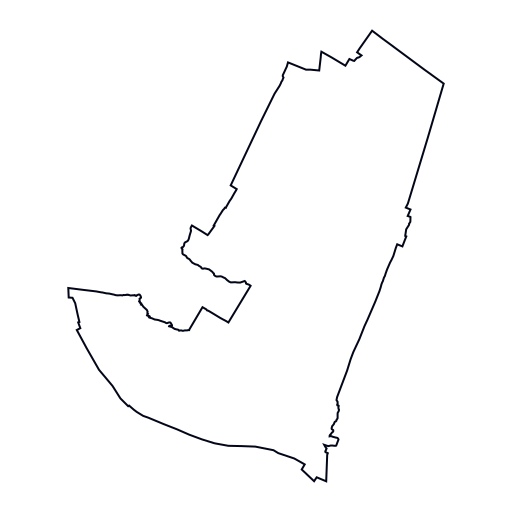 outline of Ciupercenii Noi, Dolj, Romania
{"feature_id": "2599482B10348373605310", "entity_name": "Ciupercenii Noi", "entity_type": "district", "adm_level": 2, "iso_a3": "ROU", "parent_name": "Romania", "parent_adm1": "Dolj", "projection": "mercator", "projection_center": [22.919, 43.888], "detail": "fine", "context": "isolated", "style": "outline", "palette": "ink", "viewbox_px": 512, "rotation_deg": 0, "n_neighbors": 0, "source": "geoboundaries", "source_scale": "gbopen_adm2", "svg_char_len": 6013}
<svg xmlns="http://www.w3.org/2000/svg" viewBox="0 0 512 512"><path d="M407.9,203.5L427.8,137.7L443.7,83.6L424.2,69.5L396.3,48.8L382.6,38.7L372.1,30.7L359.7,48.3L357.1,52.3L359.3,53.9L361.5,55.4L361.0,55.8L360.1,56.6L359.4,57.1L358.3,57.6L357.7,57.6L356.9,58.0L355.2,59.8L354.3,60.9L353.7,60.8L353.2,60.7L349.4,59.0L345.4,65.7L331.7,57.5L321.4,51.7L321.0,54.0L320.8,56.3L320.7,57.6L319.2,70.5L310.8,69.7L306.1,69.7L288.0,62.4L286.8,66.6L282.8,75.2L282.8,76.4L283.5,77.5L283.2,78.3L282.7,79.3L282.4,80.4L281.4,81.8L280.8,83.4L279.6,85.8L274.6,93.6L261.2,120.8L230.7,185.4L233.1,186.9L236.7,189.1L236.1,190.3L234.5,192.9L231.3,198.6L229.6,201.0L227.9,204.0L226.4,206.6L225.9,207.7L225.5,207.5L225.1,207.5L224.8,207.8L224.3,208.7L222.9,210.1L220.3,214.2L219.7,215.0L216.3,221.0L213.7,225.6L214.4,226.0L208.3,234.4L207.6,235.1L201.6,231.3L191.9,225.5L191.1,226.9L190.6,228.1L190.6,228.7L190.7,229.3L191.0,230.5L191.0,230.9L190.7,232.0L189.7,235.2L188.9,238.5L188.7,239.1L188.1,240.4L187.7,240.9L187.0,241.4L185.8,242.0L184.8,242.6L184.3,243.5L184.2,244.2L184.0,245.7L183.1,246.9L182.6,247.2L182.0,247.3L181.5,247.8L181.7,248.6L182.3,249.0L182.5,249.5L182.4,250.2L182.3,250.9L182.4,251.7L182.4,253.0L182.4,253.3L182.7,253.9L183.0,254.3L184.2,255.0L185.4,255.6L185.9,255.9L186.4,256.5L186.8,257.5L187.0,257.7L187.6,258.2L189.1,259.0L189.6,259.4L190.1,260.0L190.5,260.6L191.0,261.2L191.3,261.5L191.9,262.2L192.2,262.6L192.9,263.0L195.3,264.3L196.6,264.6L197.9,265.0L199.0,265.9L200.1,266.5L200.6,266.8L201.1,267.3L201.5,268.0L201.7,268.3L202.0,268.4L202.6,268.7L203.2,268.7L203.8,268.5L204.6,268.4L205.9,268.6L207.9,269.1L209.1,269.4L212.3,271.8L212.8,272.5L213.1,272.9L213.8,273.4L214.0,273.8L214.0,274.7L214.2,275.1L214.9,275.7L215.4,276.1L216.6,276.5L217.5,276.5L220.3,276.3L220.7,276.3L221.7,276.6L222.1,276.7L223.3,277.4L224.2,277.8L224.6,277.9L225.1,278.2L227.2,280.2L228.2,280.9L228.7,281.4L230.1,282.1L230.8,282.4L235.1,282.2L237.4,282.5L239.0,282.5L239.7,282.6L240.1,282.6L244.7,281.0L245.2,281.5L245.7,282.2L246.0,282.8L246.0,283.3L246.1,283.6L246.7,283.9L247.3,284.1L248.6,284.5L249.7,285.1L250.6,285.8L228.4,322.5L225.8,320.9L222.2,319.0L220.2,317.9L212.8,313.4L209.3,311.3L208.2,310.7L207.4,310.5L206.9,310.3L206.5,309.6L206.0,309.2L202.5,307.2L189.1,329.9L189.1,330.1L188.1,330.1L187.6,330.3L186.8,330.4L185.8,330.4L184.8,330.4L183.1,330.8L182.6,330.8L181.2,330.4L180.0,330.5L179.1,330.7L178.5,329.9L178.1,329.8L177.8,329.6L177.0,329.5L176.1,329.3L174.6,328.9L172.5,327.5L171.7,327.0L169.8,326.5L169.1,326.3L169.2,326.0L169.5,325.8L170.2,325.8L170.9,326.0L171.5,326.0L172.0,325.6L172.0,325.1L171.6,324.5L171.0,323.4L170.5,322.7L170.0,322.4L169.5,322.4L168.8,322.5L167.2,323.1L166.9,323.1L166.4,323.1L165.9,322.9L165.0,322.3L160.1,320.7L158.8,320.2L157.6,319.9L155.5,319.6L154.7,319.5L151.5,318.1L151.1,318.1L149.2,317.5L149.0,317.2L149.4,316.8L149.7,316.5L149.4,316.1L149.1,316.0L147.9,315.8L147.3,315.6L147.0,315.4L147.3,314.6L148.0,313.8L147.7,313.4L147.4,313.2L147.4,312.6L147.6,311.6L146.8,309.9L143.3,306.7L142.1,304.9L141.5,304.8L141.0,304.6L141.4,303.7L141.3,303.4L140.9,303.1L140.2,302.9L139.9,302.7L140.0,301.9L139.9,301.7L139.4,301.7L139.1,301.4L139.2,301.1L139.5,300.8L139.6,300.6L139.6,300.2L139.7,299.3L139.7,299.0L139.6,298.7L140.2,298.2L140.7,298.0L141.0,297.6L141.0,297.2L140.6,296.0L139.9,295.0L139.7,294.7L139.2,294.5L138.6,294.5L138.1,294.7L137.5,295.1L137.1,295.1L136.2,295.9L135.7,295.8L135.2,295.3L134.4,295.1L134.2,295.4L133.1,295.3L131.6,295.4L130.8,295.5L130.2,295.4L129.7,295.2L128.8,295.0L128.5,294.8L127.8,294.9L127.6,294.8L127.4,294.7L127.1,294.6L126.7,294.9L126.1,294.9L124.5,295.1L123.7,295.0L123.3,295.0L122.8,295.3L122.5,295.4L121.7,295.3L120.3,295.2L118.8,295.3L117.7,295.3L116.8,295.3L115.5,295.1L113.9,294.6L111.9,294.2L109.4,293.6L107.0,293.4L106.1,293.3L102.1,292.4L101.5,292.4L96.1,291.4L83.4,289.9L68.3,288.0L68.7,297.5L72.5,297.8L75.2,303.2L77.6,314.4L79.4,322.0L78.2,322.4L80.3,328.2L76.8,330.0L86.7,348.3L99.0,369.8L112.5,385.9L120.4,398.4L128.2,406.2L129.1,405.6L133.7,409.6L136.7,411.9L143.2,415.9L148.1,417.6L164.2,424.3L177.2,429.4L189.3,434.7L202.0,439.4L214.6,443.3L228.3,445.8L241.7,446.1L255.3,446.6L273.5,450.2L277.9,452.9L278.2,453.1L294.3,458.5L304.7,464.4L301.7,469.5L314.1,481.2L316.7,477.3L326.2,481.3L327.2,454.8L327.8,453.2L326.8,452.7L326.0,452.4L325.4,452.0L325.3,451.7L325.4,451.0L325.8,450.5L326.0,449.7L326.6,448.6L326.4,448.2L326.0,447.9L325.2,446.6L325.0,446.3L324.2,444.8L325.4,445.2L326.8,445.7L328.2,446.1L329.3,445.9L330.7,445.5L332.3,445.5L333.7,445.7L334.6,445.8L335.6,445.8L336.2,445.6L338.5,439.5L338.3,439.0L337.9,438.4L337.5,438.0L336.6,437.7L335.4,437.5L334.1,437.1L333.6,437.0L332.9,436.8L331.8,436.4L331.4,436.2L329.9,436.2L329.6,436.3L329.6,435.8L329.7,435.5L330.1,434.8L331.0,433.9L331.9,432.6L332.8,432.0L333.3,431.1L333.2,430.1L331.8,429.2L331.6,428.2L331.9,427.1L332.2,426.1L333.2,425.0L333.7,424.2L334.0,423.9L334.2,423.2L334.5,422.3L334.8,421.9L335.2,421.6L335.8,421.4L336.1,421.0L336.4,420.7L336.4,420.3L336.6,419.7L337.0,419.2L337.5,418.5L337.6,417.8L337.6,416.1L337.6,413.7L337.7,412.9L337.9,412.5L338.3,411.9L338.8,410.8L339.0,409.9L338.9,409.4L338.5,408.8L338.5,408.1L338.4,407.8L338.4,407.0L338.4,406.8L338.7,406.1L338.7,405.8L338.6,405.7L338.0,405.5L337.6,405.3L337.4,405.3L337.2,405.0L337.2,404.7L337.5,404.5L337.7,404.0L337.7,403.8L337.5,403.4L337.5,403.1L337.6,402.7L337.6,402.0L337.5,401.6L336.5,400.1L337.1,397.1L347.1,370.6L350.6,359.3L353.3,352.1L359.3,339.3L364.5,326.1L367.6,319.4L375.2,301.8L379.5,291.0L380.8,286.9L381.4,284.5L382.2,282.4L382.8,281.3L383.3,279.7L383.9,277.8L384.4,276.8L384.8,276.2L385.8,273.0L387.1,269.4L390.1,262.5L391.4,260.1L393.3,256.1L395.8,248.0L397.2,244.3L402.4,246.4L404.9,239.9L406.3,236.4L405.2,235.9L406.2,229.3L408.7,225.4L408.9,225.1L409.1,224.6L409.1,224.2L409.1,223.6L409.5,223.1L409.9,222.6L410.3,221.9L410.4,220.7L410.4,219.8L410.4,219.0L410.5,217.7L410.4,216.9L407.7,216.0L410.5,209.5L405.8,207.6L407.9,203.5Z" fill="none" stroke="#020617" stroke-width="2"/></svg>